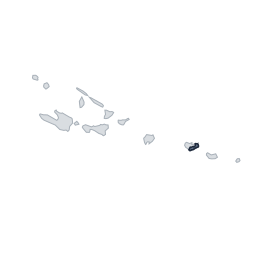 South Erromango, Tafea, Vanuatu (highlighted), rotated 310°
{"feature_id": "77236927B89058038610930", "entity_name": "South Erromango", "entity_type": "district", "adm_level": 2, "iso_a3": "VUT", "parent_name": "Vanuatu", "parent_adm1": "Tafea", "projection": "robinson", "projection_center": [169.191, -18.905], "detail": "fine", "context": "in_parent", "style": "filled", "palette": "slate", "viewbox_px": 256, "rotation_deg": 310, "n_neighbors": 0, "source": "geoboundaries", "source_scale": "gbopen_adm2", "svg_char_len": 3875}
<svg xmlns="http://www.w3.org/2000/svg" viewBox="0 0 256 256"><g transform="rotate(310 128 128)"><path d="M86.2,57.8L88.1,68.6L90.2,68.6L91.3,68.0L92.6,65.5L93.1,61.5L94.2,60.9L95.6,61.4L95.0,62.6L95.5,65.8L96.5,67.6L97.3,67.9L98.7,76.2L99.3,77.9L99.2,79.3L96.2,82.4L91.7,82.3L88.6,84.2L86.7,84.1L86.7,82.0L84.9,80.3L83.0,76.7L83.5,70.4L80.0,58.6L79.9,55.6L81.1,51.8L82.3,51.6L83.8,54.8L86.2,57.8ZM105.4,99.3L106.7,100.0L107.4,100.0L107.8,101.6L111.9,104.7L113.0,104.6L114.0,106.4L115.7,107.3L116.2,109.0L117.5,110.8L115.3,113.0L111.1,112.4L108.6,114.9L106.4,114.3L106.1,113.0L106.4,112.5L105.1,109.2L104.5,104.2L103.6,101.2L102.6,99.9L100.6,101.0L99.8,101.2L97.9,98.8L98.8,93.8L99.3,92.4L100.8,92.1L103.2,93.4L105.4,99.3ZM160.2,192.2L158.8,193.8L157.7,193.6L150.3,189.9L150.6,188.4L150.3,184.6L151.1,182.5L153.2,181.6L154.7,182.1L155.7,185.2L157.9,186.4L156.4,187.5L159.1,189.8L160.2,192.2ZM134.9,146.5L137.7,151.2L138.8,151.5L137.1,154.9L133.6,155.2L129.4,154.3L130.9,153.2L130.1,151.9L128.8,151.6L127.4,152.2L126.7,152.0L127.6,149.9L130.0,146.8L130.7,146.6L131.3,146.6L131.9,146.8L134.9,146.5ZM130.6,107.1L127.3,107.5L122.7,106.4L120.9,105.0L120.1,103.6L121.7,102.5L124.0,102.0L126.8,98.8L127.8,100.0L128.8,103.7L130.0,104.8L130.6,105.9L130.6,107.1ZM164.6,211.8L163.1,215.3L160.5,214.5L158.1,211.9L156.8,209.7L157.7,205.4L158.9,204.6L160.2,204.9L160.9,209.1L164.6,211.8ZM128.2,95.2L127.7,95.2L127.2,93.7L125.6,85.7L126.7,78.5L127.3,80.1L129.7,92.6L129.4,94.7L128.2,95.2ZM134.9,121.6L135.7,122.1L135.3,123.4L131.4,121.9L128.2,122.5L127.3,122.4L126.4,121.1L125.7,118.7L126.0,116.9L127.3,115.7L127.8,115.5L128.8,117.0L129.7,118.0L130.6,118.5L132.6,120.9L134.9,121.6ZM119.6,77.7L117.6,79.2L114.1,79.1L112.8,78.2L117.1,73.6L122.1,72.7L119.6,77.7ZM110.2,39.3L109.0,41.0L105.7,40.4L105.0,40.0L105.2,37.2L106.0,36.3L107.9,35.4L110.6,36.8L110.2,39.3ZM107.4,27.8L107.0,28.1L106.3,27.8L104.6,23.9L105.0,22.6L107.2,21.3L109.1,23.5L109.2,24.7L109.2,25.7L108.9,26.6L107.7,27.0L107.4,27.8ZM127.5,74.2L127.0,76.2L125.8,73.9L125.0,64.0L125.3,63.1L126.0,63.0L127.4,69.9L127.5,74.2ZM176.1,232.9L175.1,234.7L173.5,234.7L171.6,233.4L171.9,231.8L174.2,231.5L174.8,231.6L176.1,232.9ZM99.8,87.1L99.3,88.0L96.3,85.8L96.9,83.8L100.2,84.5L99.8,87.1Z" fill="#d9dde1" stroke="#a8b0b8" stroke-width="1"/><path d="M151.0,188.4L150.9,188.4L150.9,188.5L150.7,188.7L150.7,188.8L150.6,189.0L150.4,189.0L150.4,189.3L150.4,189.5L150.4,189.8L150.4,190.0L150.5,190.1L150.7,190.3L150.8,190.3L151.0,190.4L151.2,190.5L151.3,190.6L151.5,190.7L151.8,190.7L151.9,190.8L152.0,190.8L152.3,190.8L152.3,191.0L152.5,191.3L152.8,191.5L152.8,191.4L152.9,191.5L153.0,191.5L153.3,191.6L153.5,191.7L153.5,191.8L153.8,192.0L154.0,192.1L154.3,192.1L154.5,192.3L154.8,192.4L155.0,192.2L155.3,192.2L155.4,192.3L155.5,192.3L155.5,192.2L155.6,192.3L155.8,192.4L155.8,192.5L156.0,192.6L156.3,192.7L156.3,192.8L156.5,192.8L156.8,192.9L156.8,193.0L157.0,193.0L157.3,193.2L157.4,193.3L157.5,193.3L157.7,193.5L157.8,193.5L158.0,193.7L158.1,193.8L158.3,193.8L158.5,193.9L158.6,194.0L158.8,194.0L158.9,193.9L159.0,193.9L159.1,193.7L159.3,193.6L159.5,193.6L159.7,193.4L159.8,193.3L159.8,193.2L160.0,193.0L160.1,192.9L160.2,192.7L160.3,192.6L160.4,192.4L160.4,192.2L160.4,191.9L160.5,191.8L160.4,191.8L160.4,191.7L160.4,191.4L160.2,191.4L160.3,191.4L160.3,191.2L160.2,191.1L160.2,190.9L160.1,190.7L159.9,190.5L159.9,190.4L159.7,190.2L159.7,190.3L159.7,190.2L159.6,189.9L159.4,189.8L159.4,189.7L159.2,189.6L158.9,189.7L158.9,189.9L158.8,190.0L158.6,190.1L158.4,190.4L158.3,190.6L158.2,190.7L158.0,190.8L157.7,190.9L157.6,191.0L157.2,190.9L156.7,190.7L156.4,190.5L156.1,190.2L155.8,189.9L155.5,189.8L155.2,189.4L154.8,189.3L154.4,189.1L153.9,188.9L153.7,188.7L153.4,188.0L153.2,188.0L152.9,188.1L152.6,188.2L152.4,188.1L152.2,188.3L151.8,188.4L151.6,188.5L151.1,188.5L151.0,188.4Z" fill="#64748b" stroke="#1e293b" stroke-width="1.5"/></g></svg>